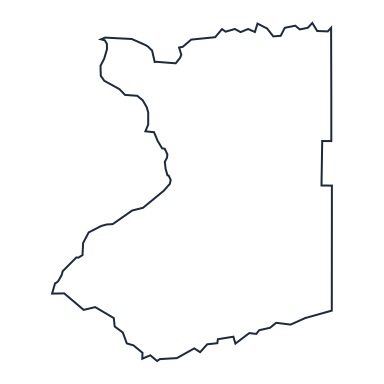 the district of Erie, New York, United States of America
{"feature_id": "52423323B92741938255653", "entity_name": "Erie", "entity_type": "district", "adm_level": 2, "iso_a3": "USA", "parent_name": "United States of America", "parent_adm1": "New York", "projection": "robinson", "projection_center": [-78.83, 42.768], "detail": "fine", "context": "isolated", "style": "outline", "palette": "slate", "viewbox_px": 384, "rotation_deg": 0, "n_neighbors": 0, "source": "geoboundaries", "source_scale": "gbopen_adm2", "svg_char_len": 1449}
<svg xmlns="http://www.w3.org/2000/svg" viewBox="0 0 384 384"><path d="M331.3,141.1L331.3,96.5L331.1,27.8L327.8,31.4L317.2,31.0L312.3,23.0L307.8,27.8L299.8,29.4L295.3,25.7L284.8,27.8L280.7,35.8L273.3,36.4L267.1,28.5L257.5,23.6L254.9,32.0L248.1,29.0L240.6,32.1L234.8,29.0L225.6,31.7L222.0,29.1L215.2,37.2L191.2,39.6L182.8,46.8L179.1,47.5L181.3,54.8L180.1,57.8L175.7,63.3L156.2,61.8L154.7,62.0L152.1,50.6L148.2,46.8L145.8,45.2L131.8,39.0L105.1,37.6L101.0,39.3L104.8,40.3L106.9,43.9L107.0,49.1L104.3,58.4L100.5,65.9L100.8,75.9L104.3,80.8L119.5,89.2L125.0,94.9L137.2,95.8L142.8,100.4L145.5,105.1L146.8,107.4L148.2,112.5L148.2,124.5L145.4,131.3L154.0,132.2L157.8,141.2L162.1,148.3L164.8,148.8L167.4,154.5L167.0,157.7L164.8,161.9L165.6,169.0L166.8,172.9L167.4,175.3L168.6,175.5L170.7,179.9L169.9,183.8L163.6,190.9L143.0,207.8L132.2,210.5L121.6,217.9L112.7,224.1L106.5,224.5L101.2,226.0L88.7,232.4L83.1,243.0L82.5,255.1L78.5,257.6L76.3,257.5L62.7,271.2L61.7,275.0L58.3,281.0L56.5,282.7L55.1,283.2L52.1,293.6L64.2,293.4L83.7,309.9L95.2,307.1L113.8,318.1L114.7,326.5L122.8,332.5L126.8,343.4L133.5,345.4L142.5,352.8L142.3,358.7L150.3,355.3L157.1,361.0L159.8,359.1L176.9,358.1L194.3,348.4L200.1,352.2L207.2,344.3L217.3,343.2L217.9,339.2L233.4,336.7L235.4,343.6L249.3,333.1L256.3,333.9L259.2,330.2L270.0,327.8L276.2,322.8L290.6,324.6L305.3,318.0L331.8,310.6L331.9,185.6L321.5,185.5L322.2,141.0L331.3,141.1Z" fill="none" stroke="#1e293b" stroke-width="2"/></svg>